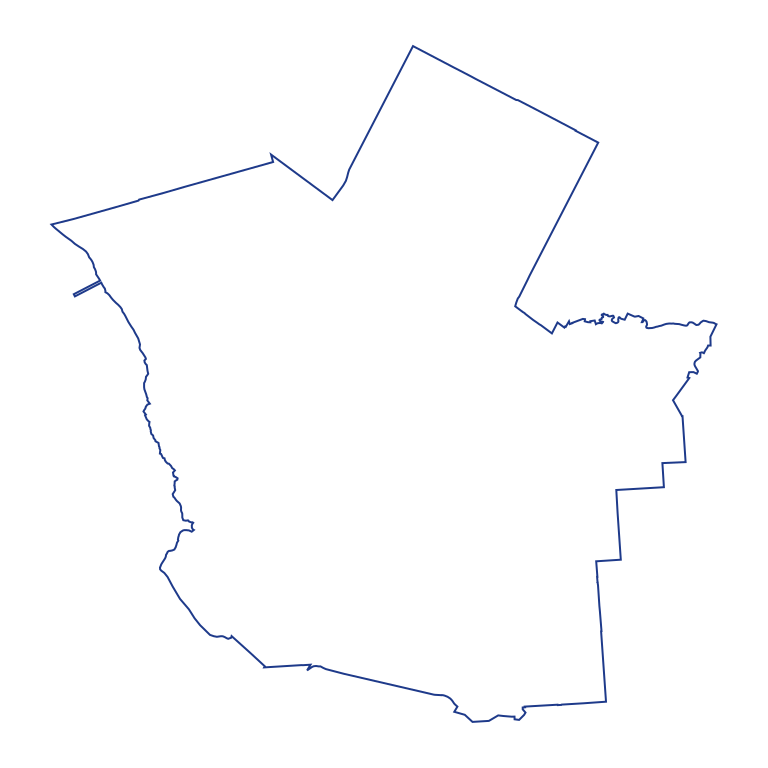 outline of Salisbury, South Australia, Australia
{"feature_id": "25037944B95616539853674", "entity_name": "Salisbury", "entity_type": "district", "adm_level": 2, "iso_a3": "AUS", "parent_name": "Australia", "parent_adm1": "South Australia", "projection": "orthographic", "projection_center": [138.626, -34.768], "detail": "fine", "context": "isolated", "style": "outline", "palette": "blue", "viewbox_px": 768, "rotation_deg": 0, "n_neighbors": 0, "source": "geoboundaries", "source_scale": "gbopen_adm2", "svg_char_len": 6060}
<svg xmlns="http://www.w3.org/2000/svg" viewBox="0 0 768 768"><path d="M51.5,224.5L53.8,226.9L56.3,229.1L62.6,234.3L65.8,236.8L71.3,240.7L74.8,243.8L79.0,246.6L82.9,249.0L86.0,251.5L87.9,254.1L89.2,257.4L90.3,258.6L91.6,260.4L92.6,262.2L93.6,264.8L93.9,267.2L95.0,269.1L95.9,271.5L96.1,272.8L96.1,274.3L99.3,279.1L100.1,280.6L73.8,294.2L74.9,296.4L101.3,282.7L102.2,284.6L103.9,287.4L104.8,288.5L105.4,290.8L105.4,292.2L107.4,293.3L109.3,295.1L111.1,297.6L113.0,299.9L115.9,302.8L118.2,304.8L120.4,307.1L121.8,309.1L122.5,311.7L124.1,313.8L125.3,315.9L128.4,322.0L131.3,326.6L133.5,329.7L135.0,332.8L138.2,338.4L140.0,344.4L139.5,347.9L140.2,349.9L141.7,351.9L142.6,353.0L145.4,357.4L145.9,358.9L144.4,360.5L144.7,362.4L145.7,364.0L146.8,365.1L147.5,370.8L148.2,373.8L147.1,375.4L146.0,376.8L145.7,379.5L144.9,381.6L144.1,383.1L144.1,387.2L144.4,389.3L146.2,394.3L146.9,397.1L147.6,398.2L147.3,400.4L149.8,403.7L147.4,404.6L145.8,406.7L145.7,407.5L145.4,408.0L145.3,408.6L144.0,410.4L143.5,411.5L145.9,414.6L145.0,415.2L146.8,419.4L148.6,421.3L149.5,421.9L149.2,423.8L149.1,425.8L150.2,427.7L150.5,429.4L150.9,430.2L150.7,431.2L151.3,433.9L153.1,435.5L153.6,438.0L155.4,440.3L155.5,441.3L158.5,442.9L159.0,446.4L159.5,447.1L159.5,448.4L160.3,450.0L159.9,453.6L161.1,454.0L162.9,457.9L164.5,458.3L164.9,460.2L165.3,460.6L165.5,461.4L167.6,463.5L168.9,463.7L171.0,465.9L172.2,468.1L173.7,469.1L174.9,470.4L173.0,472.5L173.5,475.7L174.0,475.9L174.0,476.4L175.6,477.0L177.6,478.3L177.3,479.7L176.2,480.3L174.7,481.4L174.6,483.9L174.3,485.7L174.7,486.1L174.7,487.6L175.2,490.2L172.7,494.1L173.4,496.8L174.0,497.2L174.9,498.3L175.8,499.7L176.9,501.0L179.5,503.3L179.7,503.6L180.5,505.4L180.9,506.3L180.9,506.7L181.1,507.6L181.0,510.2L181.3,511.5L182.2,513.3L182.3,515.0L182.3,517.5L183.3,520.2L185.9,520.7L187.6,520.4L188.3,520.5L188.7,521.3L190.2,522.0L191.6,522.4L192.5,522.3L193.2,522.8L192.4,523.8L191.8,525.4L191.9,527.7L192.9,529.5L193.8,530.0L191.7,531.7L188.9,530.4L186.8,530.2L186.5,530.1L184.3,530.1L182.9,530.5L180.4,532.2L179.0,534.7L178.7,536.1L178.3,537.2L178.1,538.6L177.9,539.5L178.3,540.6L177.0,542.7L176.3,545.4L175.9,546.4L175.6,547.5L175.0,548.3L174.4,549.5L172.4,550.4L170.8,550.7L170.7,550.8L169.0,550.9L167.7,551.8L166.7,553.9L166.2,554.5L166.0,555.1L165.9,556.0L165.8,556.6L165.2,558.1L164.6,559.1L161.9,563.3L161.2,564.5L160.3,566.9L160.0,567.4L160.1,569.3L161.2,570.6L164.3,572.9L167.6,577.0L172.7,586.6L180.0,598.9L188.9,609.3L194.6,618.3L200.1,625.2L210.0,634.9L213.8,636.2L216.9,636.8L221.0,636.2L222.8,636.3L224.6,637.0L226.7,638.2L228.2,638.8L231.2,637.7L231.6,636.1L250.6,653.2L264.8,666.3L264.2,667.4L301.7,665.1L302.9,665.2L310.5,664.7L307.1,670.4L311.8,667.1L312.8,666.6L313.9,666.2L316.1,666.0L318.7,666.4L320.5,666.4L323.2,667.9L325.9,669.1L343.9,673.8L433.6,694.6L434.9,694.8L441.7,695.2L441.8,695.1L443.0,695.2L444.6,695.6L447.6,696.8L450.2,698.5L451.4,699.7L452.4,700.9L454.2,703.6L455.4,704.8L457.4,706.6L454.3,711.8L464.8,714.8L472.5,721.9L488.9,720.9L498.2,715.4L503.3,716.0L511.8,716.7L514.5,716.6L514.6,719.3L519.1,719.9L524.1,714.9L525.5,712.6L522.7,709.3L522.7,707.5L525.0,707.3L524.8,706.6L557.6,704.7L557.7,705.1L561.4,704.9L561.7,704.6L583.4,703.3L606.0,701.7L601.1,631.3L601.5,631.2L599.9,611.3L599.4,606.1L598.0,585.0L597.8,584.1L597.7,582.4L597.4,582.3L597.5,581.8L597.1,576.9L597.4,576.9L596.2,561.3L620.8,559.7L617.6,513.0L616.3,490.0L663.9,487.2L662.4,463.1L685.6,462.1L682.5,416.1L681.9,416.1L681.8,415.7L673.0,400.2L675.8,396.5L689.3,378.0L688.6,377.7L687.5,377.5L689.2,372.2L693.5,372.1L696.8,373.7L697.9,371.6L697.9,371.0L695.0,366.1L694.6,365.1L694.4,364.0L694.7,362.4L695.0,361.7L696.1,360.5L700.3,357.4L700.4,354.2L700.3,353.3L700.1,352.9L701.6,352.4L702.6,352.5L703.9,353.2L704.1,352.9L704.8,351.2L705.6,349.9L707.4,347.4L708.1,345.5L710.6,345.5L710.4,336.7L716.5,324.3L715.5,323.9L714.0,323.0L713.0,322.7L709.1,322.2L706.0,321.1L703.5,320.7L702.8,321.0L700.6,322.5L700.1,323.2L698.7,324.6L698.1,324.8L696.4,325.0L695.8,324.7L695.1,324.2L694.4,323.6L693.9,323.4L692.9,322.7L691.6,322.3L689.8,322.3L689.2,322.6L688.5,323.4L687.3,325.3L686.3,325.7L685.7,325.7L684.0,325.4L681.6,324.8L679.2,324.1L674.7,323.8L673.5,323.5L671.5,323.6L669.3,323.5L666.3,323.9L664.3,324.5L661.2,325.7L659.5,326.0L657.5,326.6L656.2,326.8L654.2,327.5L652.1,328.0L648.4,328.2L646.8,327.9L646.5,327.7L646.3,327.4L646.2,326.5L647.0,324.8L647.0,324.0L646.6,321.9L646.3,321.3L645.7,320.6L645.1,320.1L643.7,320.1L643.5,320.5L643.2,321.5L642.5,322.1L641.9,322.1L642.8,320.0L643.3,318.4L638.6,316.0L635.3,316.6L634.5,316.6L627.7,313.6L624.7,319.7L621.3,318.8L620.5,318.3L619.7,317.4L619.3,317.2L618.9,317.3L618.6,317.6L618.3,318.9L618.2,319.6L618.4,321.0L618.3,321.8L618.0,322.2L617.4,322.7L615.9,323.2L615.5,323.1L612.4,321.4L611.9,320.8L611.8,320.2L611.9,319.6L612.4,318.7L614.0,317.5L613.6,316.3L613.3,315.8L612.9,315.7L611.9,315.9L610.0,316.4L609.0,316.3L608.1,316.0L607.6,314.9L606.8,315.0L606.0,314.8L604.4,314.2L603.9,313.7L603.6,313.7L603.0,314.2L602.0,314.5L601.7,315.0L601.9,315.3L602.7,315.6L603.1,316.1L603.1,317.1L602.8,317.3L602.2,317.5L601.8,317.8L601.7,318.3L601.7,318.8L601.5,319.1L599.9,319.6L599.6,319.8L599.5,320.1L599.5,320.4L599.7,320.7L600.3,321.3L600.9,321.5L602.4,321.7L603.0,321.9L602.9,322.2L602.3,322.8L601.9,323.3L601.4,323.3L600.6,323.0L600.0,323.0L598.6,323.1L597.4,323.3L595.9,324.2L594.7,320.5L590.3,321.2L590.4,322.3L588.0,322.2L584.7,321.3L585.0,319.2L582.9,318.9L572.2,322.9L572.3,323.2L569.8,324.1L569.0,321.3L565.8,326.8L565.2,326.4L564.4,327.6L557.5,322.5L551.9,333.4L540.9,325.2L539.3,324.3L537.4,322.9L533.2,320.0L525.3,313.9L524.7,313.2L523.5,312.4L522.9,312.1L515.2,306.3L516.3,302.5L517.8,298.5L519.2,296.7L527.5,280.0L529.6,275.6L598.2,142.6L575.6,130.8L575.8,130.4L537.2,110.1L517.9,100.1L516.2,100.0L475.8,79.0L471.4,76.6L456.4,68.8L454.2,67.7L413.0,46.1L349.2,169.6L348.2,172.7L347.1,177.1L345.9,180.8L343.2,185.5L332.5,200.1L271.1,154.6L273.1,162.0L184.1,187.0L164.1,192.8L139.1,199.6L138.5,200.6L116.3,207.0L73.2,219.1L51.5,224.5Z" fill="none" stroke="#1e3a8a" stroke-width="2"/></svg>